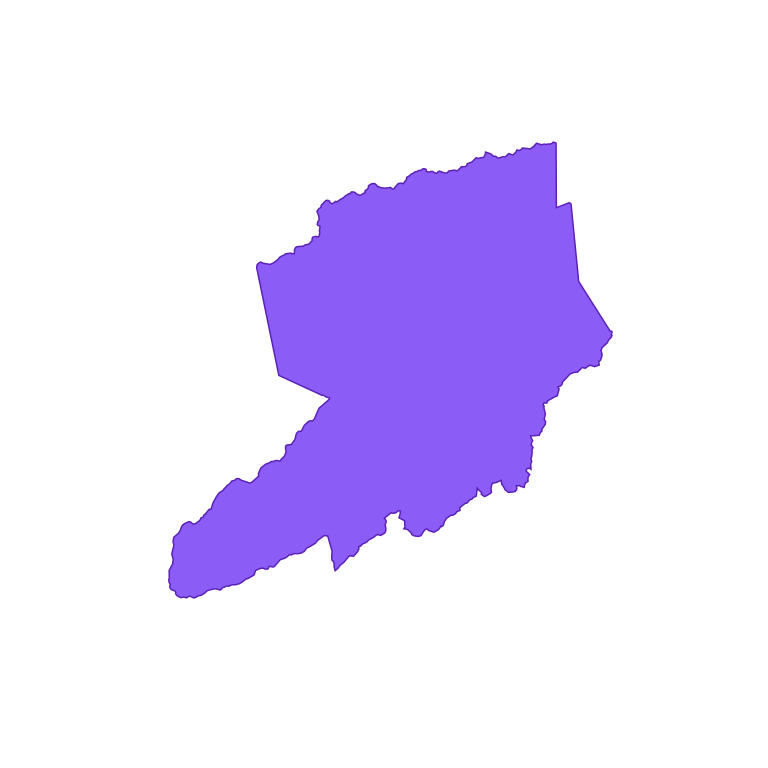 Santa María, Catamarca, Argentina, rotated 220°
{"feature_id": "61730980B13734740101485", "entity_name": "Santa María", "entity_type": "district", "adm_level": 2, "iso_a3": "ARG", "parent_name": "Argentina", "parent_adm1": "Catamarca", "projection": "natural_earth1", "projection_center": [-66.174, -26.722], "detail": "fine", "context": "isolated", "style": "filled", "palette": "violet", "viewbox_px": 768, "rotation_deg": 220, "n_neighbors": 0, "source": "geoboundaries", "source_scale": "gbopen_adm2", "svg_char_len": 6152}
<svg xmlns="http://www.w3.org/2000/svg" viewBox="0 0 768 768"><g transform="rotate(220 384 384)"><path d="M445.5,137.6L446.5,131.5L444.5,127.9L441.4,125.5L437.3,117.4L432.5,113.9L431.2,111.6L430.4,110.8L428.7,103.0L423.9,97.5L423.0,95.6L421.1,93.9L419.0,93.2L417.9,91.1L416.8,90.2L414.8,89.8L410.8,91.1L409.5,90.5L409.1,89.6L408.3,89.2L406.3,88.8L402.5,89.6L400.2,92.3L398.1,93.0L397.3,94.6L396.9,96.5L392.1,97.9L391.0,99.7L390.2,102.1L388.1,104.9L386.9,108.7L386.6,111.9L385.3,114.0L382.3,118.1L379.9,119.7L377.1,120.8L376.6,122.2L376.8,123.8L376.3,125.1L375.8,125.5L374.8,128.1L372.8,129.4L371.6,132.3L368.8,134.7L366.5,137.9L365.3,141.2L364.3,146.4L363.3,147.2L360.8,154.3L362.5,158.5L360.9,162.1L359.2,164.4L358.1,165.2L356.6,165.6L354.5,167.1L354.0,168.1L354.7,170.6L351.3,172.5L350.6,173.8L350.6,182.2L350.0,183.8L348.9,185.2L347.6,187.8L346.9,190.8L346.7,192.8L345.2,193.4L343.9,196.2L340.4,199.1L338.6,201.6L337.5,204.4L337.7,208.0L337.5,209.3L336.7,210.7L334.2,218.0L334.4,221.1L332.4,229.4L329.4,231.4L316.2,222.5L313.5,218.6L310.6,215.5L309.0,215.6L307.3,214.8L304.5,211.7L301.4,209.6L300.8,213.5L301.1,216.7L300.1,221.6L300.1,230.0L296.6,232.6L296.4,238.6L297.2,241.5L298.8,243.1L297.6,245.1L297.8,247.1L295.7,251.6L295.4,255.2L294.6,256.6L293.2,260.6L292.8,263.1L292.0,264.6L289.2,265.9L287.6,270.4L288.2,272.5L289.6,274.4L292.7,277.0L293.8,280.1L296.2,281.3L297.4,281.3L296.0,289.3L292.9,291.9L291.9,293.6L291.7,296.1L289.8,297.1L288.1,294.8L286.5,291.1L280.4,292.5L276.0,287.9L275.8,285.9L272.5,287.7L267.4,287.4L266.0,286.5L263.5,287.0L260.6,288.6L259.1,290.1L258.2,291.7L258.9,296.5L258.9,298.7L258.3,300.4L255.5,300.5L250.4,302.6L248.7,307.3L248.7,309.6L249.2,311.5L248.2,311.7L248.3,312.2L247.7,313.1L248.2,315.1L249.3,317.4L249.7,321.1L248.6,326.0L246.6,328.3L245.9,330.5L246.1,333.1L244.5,336.1L246.5,337.8L245.1,344.7L243.9,346.1L243.9,350.0L242.6,352.5L242.7,354.2L241.3,357.4L245.6,364.2L243.7,363.7L239.6,363.6L238.6,362.1L234.9,362.3L233.7,364.1L232.2,368.7L232.1,370.2L234.6,372.4L236.2,375.0L237.2,377.4L234.3,381.3L232.3,385.6L229.4,382.8L228.2,382.8L223.4,380.9L219.1,380.9L215.4,384.6L214.4,386.3L214.4,388.2L215.1,389.4L217.2,391.2L214.7,393.3L213.9,393.2L210.1,395.0L211.4,397.0L211.9,399.2L211.1,402.2L211.7,402.5L213.8,405.3L214.2,408.3L219.0,408.6L220.1,410.5L218.7,413.0L216.6,413.1L220.4,417.3L220.9,419.4L223.8,421.7L223.9,422.7L225.3,425.1L228.5,429.1L228.9,431.1L232.1,432.0L233.4,434.4L233.6,436.0L238.4,438.3L232.1,444.5L233.0,447.1L232.7,449.5L233.9,450.4L234.5,456.7L236.0,459.1L238.5,459.8L241.2,464.9L246.6,468.8L246.8,469.7L249.0,470.6L249.1,472.5L247.1,474.0L247.7,476.5L245.2,483.4L243.7,486.4L246.6,492.7L248.9,493.5L247.5,496.0L247.4,498.2L248.5,500.4L247.9,511.3L245.8,515.1L243.3,517.7L242.8,524.0L239.9,525.5L238.7,530.3L237.0,531.4L233.9,532.6L231.3,536.8L234.1,539.4L233.4,541.2L234.8,545.2L235.9,546.8L236.8,546.8L237.1,547.8L239.2,549.1L240.1,551.4L240.3,552.4L239.4,559.2L240.2,561.9L240.0,566.0L240.5,567.6L241.6,568.1L242.8,570.5L243.6,570.8L244.5,569.8L300.8,587.7L356.4,642.1L358.5,642.1L365.3,629.9L407.1,679.2L408.5,678.5L409.4,678.4L410.0,677.6L409.8,676.9L409.9,676.3L410.8,675.3L411.0,674.2L412.2,673.7L414.1,671.4L415.5,670.8L417.4,668.0L418.7,668.1L419.6,667.3L421.6,666.8L421.9,666.3L422.1,663.3L421.8,662.4L422.2,661.8L422.9,658.5L424.1,657.4L426.1,656.3L426.5,655.7L428.8,654.5L429.8,653.3L429.3,652.8L430.1,650.5L431.0,649.5L432.6,648.7L432.0,646.4L432.4,642.7L432.7,642.2L436.6,640.6L437.1,636.0L438.9,634.7L441.5,630.6L441.9,630.2L444.6,630.3L447.1,628.6L449.2,629.0L450.6,628.8L455.3,626.9L453.8,624.7L453.4,621.5L455.4,619.5L456.3,617.8L458.8,616.6L459.3,610.7L461.8,606.3L461.0,604.2L461.1,603.5L462.9,601.3L464.5,600.2L464.3,598.5L464.9,594.4L468.0,592.8L468.1,592.3L470.3,590.0L471.4,588.5L471.2,586.6L472.6,584.9L478.4,582.7L479.1,581.3L478.8,579.5L479.3,579.2L480.6,578.5L483.7,577.9L484.8,576.9L485.3,575.6L487.9,574.0L489.2,575.2L489.9,575.4L491.7,574.8L492.4,574.0L493.3,571.1L494.6,569.9L495.3,568.0L496.7,566.3L497.1,564.3L498.1,562.2L498.3,559.9L499.5,556.8L498.2,555.0L498.2,551.4L497.9,550.7L498.2,549.7L500.1,548.9L501.9,546.7L502.1,541.5L501.7,540.1L502.3,539.0L505.6,538.7L506.5,537.3L509.7,534.2L512.9,532.2L514.9,531.8L515.8,531.1L517.7,531.6L519.9,531.6L521.8,529.9L522.5,528.7L523.3,525.9L522.2,524.3L522.0,522.8L522.0,522.0L522.6,520.9L522.6,519.6L521.4,518.1L522.2,517.0L523.2,513.8L524.0,512.9L527.4,511.9L529.3,512.1L530.6,511.6L532.5,510.1L532.1,508.4L533.0,507.7L533.4,506.6L534.5,503.3L535.0,499.7L535.9,498.0L536.8,494.4L537.3,493.1L538.4,492.9L539.3,489.0L541.9,488.1L543.3,489.1L544.6,488.8L546.0,487.9L546.4,487.2L546.9,481.8L546.9,480.3L545.8,479.1L546.6,476.0L546.4,473.2L542.4,471.0L539.4,468.4L538.9,465.4L537.6,463.3L536.7,463.0L534.8,463.7L533.8,462.9L531.8,459.6L530.7,458.9L529.0,455.9L528.7,454.5L530.9,453.5L533.0,450.7L532.5,449.1L531.2,447.5L531.4,443.6L532.1,442.0L533.9,439.7L534.4,437.7L537.6,434.6L539.2,432.7L539.5,431.8L539.0,429.5L537.1,427.1L536.6,425.8L540.0,423.9L543.1,420.4L543.3,418.7L544.3,417.0L545.3,414.2L545.4,410.5L546.5,405.9L548.0,402.5L554.0,398.9L556.4,398.3L557.2,397.7L557.9,394.8L557.7,393.4L556.1,391.1L470.1,323.0L424.1,335.5L423.1,336.5L419.5,337.0L416.7,338.4L416.2,337.3L416.4,335.0L418.2,323.5L414.7,311.8L415.1,309.9L417.1,308.0L417.8,306.7L418.5,301.1L417.1,295.4L417.4,294.3L419.0,292.8L419.3,291.2L419.2,290.0L418.5,287.8L417.8,286.9L416.5,283.8L416.1,278.2L419.5,274.3L419.3,273.1L418.3,271.6L415.6,269.4L414.5,266.8L413.9,264.3L414.4,260.4L414.0,258.8L414.5,257.7L416.5,256.9L418.2,255.1L418.9,253.5L420.2,252.5L420.8,251.5L421.1,249.9L422.9,247.0L423.5,244.8L424.3,240.9L424.0,239.1L422.7,234.9L420.8,232.6L422.1,223.7L423.1,221.7L426.6,220.6L430.8,218.7L434.0,218.3L435.2,217.6L436.3,216.4L436.4,214.4L438.3,211.6L438.1,208.3L439.0,204.8L438.8,204.5L439.1,201.1L439.0,198.7L440.3,194.9L440.0,190.2L438.6,183.1L436.0,176.9L437.1,176.0L437.4,175.2L437.3,169.6L437.8,167.6L437.0,166.1L437.3,165.0L438.1,163.9L437.4,161.2L438.8,155.3L440.5,153.9L443.9,153.9L445.0,153.1L447.0,149.0L447.5,147.2L447.5,145.1L445.9,140.6L445.5,137.6Z" fill="#8b5cf6" stroke="#5b21b6" stroke-width="1.5"/></g></svg>